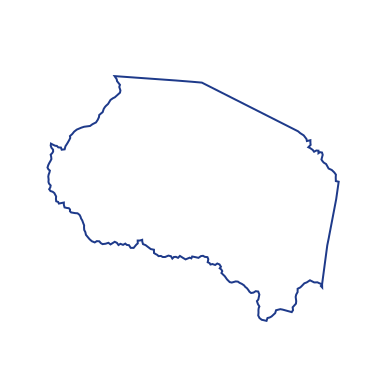 Dormentes, Pernambuco, Brazil (Albers equal-area conic projection), rotated 193°
{"feature_id": "56859067B71625369805565", "entity_name": "Dormentes", "entity_type": "district", "adm_level": 2, "iso_a3": "BRA", "parent_name": "Brazil", "parent_adm1": "Pernambuco", "projection": "albers", "projection_center": [-40.588, -8.482], "detail": "fine", "context": "isolated", "style": "outline", "palette": "blue", "viewbox_px": 384, "rotation_deg": 193, "n_neighbors": 0, "source": "geoboundaries", "source_scale": "gbopen_adm2", "svg_char_len": 3214}
<svg xmlns="http://www.w3.org/2000/svg" viewBox="0 0 384 384"><g transform="rotate(193 192 192)"><path d="M44.5,131.4L48.2,170.5L48.4,178.2L48.5,180.3L49.9,217.5L51.4,235.0L54.3,235.0L55.3,238.8L55.7,241.3L57.8,243.1L60.8,244.9L64.2,245.6L65.9,247.5L67.6,249.4L70.3,250.3L72.0,251.6L73.2,252.8L73.0,257.6L74.2,259.7L76.3,259.6L77.5,258.3L78.1,260.7L80.2,260.4L82.1,258.7L83.9,260.2L86.9,261.4L88.7,261.8L87.0,264.6L87.6,266.2L88.3,269.1L91.5,267.5L92.4,269.4L95.9,272.3L99.8,273.7L102.3,275.0L202.5,299.7L207.0,300.8L216.9,299.4L233.0,297.0L293.5,287.5L290.7,284.9L290.0,283.2L286.3,280.2L286.5,278.0L284.6,274.9L284.5,272.6L288.5,266.9L290.0,265.7L292.1,263.4L293.6,258.9L295.2,256.6L296.0,255.1L296.7,253.1L297.0,249.8L299.7,246.2L299.5,244.0L300.1,241.1L301.2,238.2L304.2,235.7L306.2,233.4L311.8,231.3L314.3,229.8L318.3,226.9L320.4,224.3L321.8,221.4L323.5,219.0L322.8,217.3L323.3,215.1L324.4,211.4L325.6,208.1L325.7,204.9L328.5,203.9L329.7,205.8L332.3,205.4L334.1,206.5L335.7,206.3L338.0,206.8L340.3,207.4L340.1,205.4L338.9,203.5L336.9,202.0L336.4,200.1L337.0,198.3L338.1,196.6L337.2,194.8L336.4,192.5L336.9,190.3L337.5,188.4L338.1,185.9L338.3,183.3L337.0,181.8L335.3,180.9L335.3,178.8L335.6,176.7L335.5,174.7L334.5,171.9L334.1,169.5L333.2,168.0L331.2,166.6L331.1,164.6L331.8,162.6L330.1,161.1L327.8,160.9L325.9,160.0L324.6,158.5L323.4,157.1L323.0,154.5L322.2,152.4L320.2,152.2L319.1,150.8L316.9,151.8L314.5,152.9L314.0,150.7L312.7,148.3L310.3,148.3L308.3,148.5L306.9,147.5L306.6,145.8L305.2,144.9L303.4,145.0L301.4,145.1L298.7,145.5L296.4,144.4L295.1,142.9L294.1,141.2L292.6,139.7L291.1,137.4L289.6,135.2L289.3,133.5L288.5,130.8L286.9,128.9L285.7,126.4L283.5,124.7L281.1,122.9L278.5,121.5L275.4,121.0L273.7,122.7L271.2,123.1L269.4,121.7L267.4,121.1L264.5,122.2L262.0,123.7L259.6,122.6L257.8,124.4L256.1,126.1L253.8,125.6L251.7,123.8L250.1,125.4L247.3,125.0L245.4,126.7L243.7,125.8L241.4,126.0L239.2,123.8L236.3,124.4L234.4,128.2L233.3,129.7L234.0,132.5L231.9,133.0L229.8,134.2L229.3,132.5L228.0,130.2L225.3,129.8L222.9,128.7L219.3,127.1L216.1,127.2L215.3,124.0L213.6,123.4L211.7,122.9L210.2,122.0L207.9,122.7L206.0,122.1L203.6,122.6L200.7,124.7L198.1,124.7L196.2,122.7L195.0,124.6L193.1,125.2L190.8,124.7L189.4,127.0L185.7,125.7L183.1,124.9L179.5,127.5L177.7,127.2L177.3,129.2L173.9,129.3L170.9,129.3L168.8,131.6L166.9,132.3L165.0,131.7L162.3,132.0L161.0,130.2L160.9,127.1L158.9,126.7L157.7,125.5L155.9,126.4L153.0,126.1L151.3,128.0L148.9,127.6L147.0,125.7L147.8,123.9L146.0,123.1L144.7,121.7L145.1,119.7L141.1,117.3L138.2,114.7L135.0,112.7L132.9,112.7L129.3,114.7L127.1,115.0L125.2,114.2L122.8,113.7L120.2,112.7L118.9,111.6L116.8,110.6L115.2,109.3L113.5,107.7L111.7,106.9L109.5,107.8L107.6,109.7L105.1,109.9L103.3,107.2L103.2,102.1L104.2,100.3L102.6,97.7L100.6,95.6L100.9,93.9L100.7,91.9L100.0,89.1L99.7,86.6L97.9,84.4L95.4,83.2L90.4,83.2L90.1,86.2L88.1,87.2L86.5,88.6L83.7,92.7L83.5,95.7L79.6,97.7L77.2,97.8L67.8,97.4L67.0,99.6L68.0,102.3L65.6,106.6L65.9,109.1L67.4,113.1L67.4,115.5L66.6,118.2L67.3,121.5L65.0,123.4L63.9,125.1L62.0,128.3L59.9,129.7L57.2,132.5L52.6,131.4L49.4,132.2L47.2,131.7L44.5,131.4ZM43.7,128.3L44.5,131.4L45.3,129.4L43.7,128.3Z" fill="none" stroke="#1e3a8a" stroke-width="2"/></g></svg>